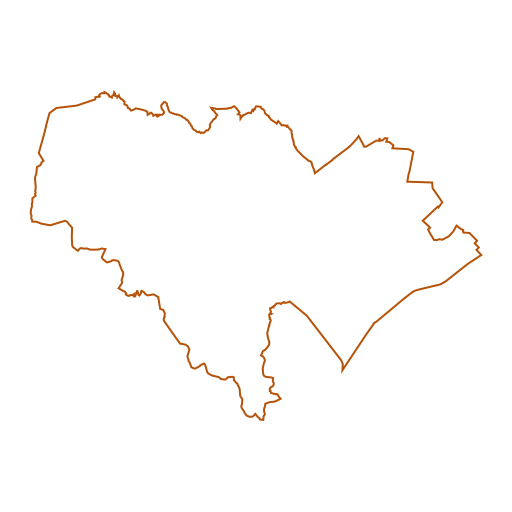 Libres, Puebla, Mexico (Albers equal-area conic projection)
{"feature_id": "50627088B27684829351077", "entity_name": "Libres", "entity_type": "district", "adm_level": 2, "iso_a3": "MEX", "parent_name": "Mexico", "parent_adm1": "Puebla", "projection": "albers", "projection_center": [-97.691, 19.454], "detail": "fine", "context": "isolated", "style": "outline", "palette": "amber", "viewbox_px": 512, "rotation_deg": 0, "n_neighbors": 0, "source": "geoboundaries", "source_scale": "gbopen_adm2", "svg_char_len": 6040}
<svg xmlns="http://www.w3.org/2000/svg" viewBox="0 0 512 512"><path d="M348.2,147.7L332.6,159.4L332.7,159.8L325.7,165.0L325.6,164.8L314.9,173.2L314.1,169.8L312.5,166.2L311.5,162.4L310.0,161.1L308.3,160.7L307.9,160.1L303.3,156.5L297.5,150.6L296.1,148.7L295.7,147.3L295.4,147.4L293.9,144.4L293.7,142.1L293.2,141.0L293.5,140.2L292.8,139.2L292.1,136.9L292.1,134.7L291.7,133.9L291.5,130.6L291.1,130.1L290.2,129.5L287.9,126.7L286.7,126.8L286.5,126.3L286.9,125.6L284.7,125.6L283.5,125.1L281.6,125.4L281.0,124.3L278.2,121.1L276.7,123.7L276.0,122.9L270.8,119.5L269.8,117.8L269.0,117.3L268.7,115.7L267.2,115.4L265.1,113.4L264.4,110.8L263.2,109.2L261.8,108.8L260.8,107.4L260.7,106.8L256.2,106.3L255.7,106.7L254.7,109.5L253.6,109.3L253.2,110.9L252.3,110.1L250.9,113.2L249.2,112.7L248.5,112.8L246.2,113.7L245.5,114.4L243.4,114.9L242.9,115.8L241.4,117.2L240.8,117.3L241.0,117.9L240.5,118.7L240.4,117.0L241.1,116.4L240.8,115.5L239.5,114.6L238.0,114.3L239.5,112.3L236.2,108.1L234.1,106.2L230.9,107.9L228.8,108.0L228.3,108.5L226.3,108.7L216.0,109.1L215.6,108.6L211.2,107.8L212.5,110.0L213.9,110.9L215.7,113.4L217.3,115.0L216.2,116.4L215.7,117.9L214.3,119.1L213.8,119.1L210.5,123.5L209.8,125.2L210.1,127.2L208.2,130.2L206.0,130.5L205.3,131.7L203.5,132.9L201.6,132.5L200.6,133.0L200.1,132.3L199.5,132.3L199.1,131.7L197.8,132.2L196.4,131.6L195.8,130.7L194.1,129.9L192.4,128.1L192.0,126.5L190.9,125.5L190.2,123.6L189.3,123.0L188.5,121.3L187.3,120.0L186.2,119.7L185.3,118.5L182.2,116.9L181.6,116.0L179.4,115.3L178.3,114.6L176.8,114.7L176.1,114.2L174.6,114.2L173.6,113.5L172.5,113.4L169.8,112.1L169.3,111.6L168.3,109.2L167.7,106.5L166.9,105.6L166.9,103.6L165.4,102.3L164.0,102.0L163.6,102.3L162.7,103.8L161.6,104.6L161.2,106.3L161.7,108.8L163.6,110.9L164.1,112.8L162.1,114.8L160.4,114.9L157.3,116.6L156.7,116.1L156.6,115.4L157.4,114.7L155.6,114.6L153.3,115.8L153.1,114.7L151.4,112.8L150.3,112.8L149.7,113.6L147.6,114.8L147.4,111.7L146.5,111.5L145.8,110.8L140.1,109.2L135.7,108.4L133.1,110.0L130.8,110.5L129.7,108.7L127.8,107.9L127.6,106.5L126.6,105.1L124.4,104.3L124.5,101.4L123.5,101.0L123.1,100.2L121.6,99.0L120.8,98.9L119.1,96.4L118.8,95.3L117.3,97.3L117.1,96.3L116.7,95.9L115.3,96.0L115.0,93.7L114.1,92.3L113.5,95.1L112.3,95.7L111.9,97.6L109.6,96.6L109.8,96.4L109.0,95.3L108.5,95.2L108.4,94.6L108.0,94.2L104.5,92.1L104.4,93.2L101.9,93.1L99.8,94.2L99.1,95.3L99.8,96.4L99.6,96.9L96.2,96.9L95.4,97.2L95.3,99.3L93.7,99.9L76.7,105.6L56.4,108.0L49.5,113.1L47.0,122.1L44.4,133.0L38.8,153.1L43.5,160.9L41.5,162.4L41.3,163.8L40.5,164.6L40.3,165.3L37.0,167.0L36.3,173.7L35.3,176.5L35.0,178.6L35.7,186.6L35.6,189.2L35.2,190.3L35.6,192.7L35.0,194.0L35.7,195.6L32.4,198.3L32.4,202.2L31.8,204.1L32.0,206.4L31.0,209.6L30.7,213.4L31.5,215.4L31.3,218.5L32.2,220.3L32.3,221.6L36.7,221.8L41.1,223.6L50.2,225.3L65.0,220.8L67.2,221.8L69.0,224.3L72.1,227.6L71.8,237.8L72.2,245.4L72.7,246.8L77.8,250.8L80.2,248.3L81.1,248.1L83.8,248.6L86.9,248.5L90.5,249.7L97.5,249.6L99.8,249.2L101.6,248.5L105.5,249.1L101.8,257.2L102.3,258.4L103.2,259.5L106.9,262.4L107.5,262.4L111.4,261.1L112.2,260.3L113.5,260.1L117.6,260.8L119.1,262.3L119.6,264.5L121.9,270.3L123.1,272.2L123.2,275.0L121.6,280.1L122.2,282.7L118.6,288.3L122.7,290.7L125.0,291.7L126.2,293.5L125.8,294.5L128.2,295.9L129.4,295.8L129.5,295.3L133.2,294.8L133.7,294.4L133.4,295.7L134.3,296.5L134.8,296.5L135.2,296.2L137.1,291.0L137.5,291.1L138.6,295.1L139.4,295.5L140.9,293.3L141.2,291.2L141.5,290.8L144.1,292.2L144.9,293.6L145.7,294.4L147.9,295.4L153.6,294.4L158.2,297.0L160.2,309.0L163.3,309.9L164.9,313.7L164.4,316.2L164.7,317.1L164.0,317.7L163.7,318.9L164.1,321.1L180.1,343.7L181.7,343.8L185.6,344.7L187.9,346.4L189.4,349.6L187.5,355.8L187.5,356.9L188.5,359.8L188.6,361.2L189.6,362.4L191.4,367.2L194.2,368.5L195.3,368.5L199.8,366.1L200.4,365.2L204.1,363.5L205.2,365.0L205.6,366.2L207.2,372.1L208.5,373.6L211.7,375.4L218.6,377.1L221.0,379.0L224.0,379.5L225.8,379.4L227.6,377.5L228.5,377.1L232.3,376.8L233.5,377.0L233.9,377.8L233.8,380.0L236.3,382.9L237.3,383.5L237.8,385.2L239.0,387.2L239.7,389.5L240.1,394.9L240.6,396.7L241.7,398.0L242.3,399.4L242.0,404.2L241.4,405.8L241.5,407.3L241.8,408.2L244.1,411.5L244.7,413.1L246.5,415.5L249.6,416.8L252.0,416.7L253.1,416.3L255.3,413.9L258.0,417.3L259.5,418.2L259.9,419.5L263.3,419.9L263.6,416.0L264.2,415.5L264.9,414.1L264.0,411.1L264.2,408.2L265.0,406.6L265.3,403.7L269.9,402.1L274.8,401.6L280.6,398.8L278.9,396.8L277.6,394.4L276.7,394.0L275.7,394.4L275.0,393.8L273.9,393.8L271.2,393.0L270.6,391.6L270.0,391.2L270.4,390.8L269.9,390.3L269.7,389.0L270.1,388.1L271.1,387.0L272.7,386.4L273.7,384.5L273.8,383.5L272.8,380.9L273.0,378.0L271.5,377.5L265.7,376.8L264.0,375.8L263.5,374.8L263.1,373.4L262.7,368.3L264.0,362.8L264.9,360.8L264.8,359.8L264.2,358.1L262.9,356.4L261.0,355.4L263.0,351.1L265.6,349.4L268.6,345.6L269.1,344.2L269.4,342.3L268.0,338.0L267.2,333.2L268.8,326.6L269.5,325.5L269.1,324.8L270.7,320.9L270.7,320.0L269.8,319.2L270.1,318.1L269.5,317.8L269.2,314.7L271.2,313.9L270.2,313.6L270.7,313.2L270.5,312.6L271.0,311.9L270.0,309.0L270.2,308.2L271.0,308.1L272.4,307.1L273.4,307.4L273.4,306.4L275.0,305.5L275.1,304.8L276.7,303.4L279.8,303.3L281.0,304.0L281.5,303.3L283.9,302.1L284.1,302.8L286.3,302.7L288.6,302.2L289.7,301.5L306.8,315.7L341.3,360.4L342.8,364.1L342.4,370.3L367.1,333.1L373.9,323.7L373.8,323.2L376.6,321.5L404.0,298.6L413.1,291.6L415.9,290.4L419.4,289.4L440.3,284.4L445.6,281.4L467.5,264.1L481.3,255.0L476.5,249.9L478.8,247.5L474.7,243.3L477.1,240.8L469.5,233.0L463.3,232.5L462.9,230.7L463.2,230.0L461.2,229.2L456.5,225.6L453.3,231.5L448.8,236.3L442.4,239.7L439.1,239.2L436.8,240.2L434.0,239.9L429.7,232.8L428.1,229.4L430.1,227.6L422.8,220.7L437.8,206.6L438.5,207.5L442.3,202.2L432.6,188.2L432.2,182.5L407.3,181.7L408.6,174.1L409.6,170.8L413.3,151.8L408.6,149.2L392.4,148.3L393.4,145.4L389.4,142.1L386.3,141.7L387.3,138.4L385.2,138.2L384.7,138.2L382.8,140.2L380.6,140.8L380.2,140.4L379.6,138.9L379.6,137.9L379.0,140.8L376.3,140.6L366.2,146.6L363.8,146.6L363.8,145.6L358.6,136.1L356.6,139.0L350.5,145.7L348.2,147.7Z" fill="none" stroke="#b45309" stroke-width="2"/></svg>